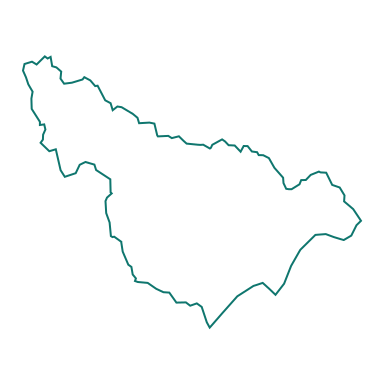 outline of Maunabo, Puerto Rico
{"feature_id": "32010507B22166841242195", "entity_name": "Maunabo", "entity_type": "district", "adm_level": 2, "iso_a3": "PRI", "parent_name": "Puerto Rico", "parent_adm1": "", "projection": "equal_earth", "projection_center": [-65.926, 18.02], "detail": "fine", "context": "isolated", "style": "outline", "palette": "teal", "viewbox_px": 384, "rotation_deg": 0, "n_neighbors": 0, "source": "geoboundaries", "source_scale": "gbopen_adm2", "svg_char_len": 1840}
<svg xmlns="http://www.w3.org/2000/svg" viewBox="0 0 384 384"><path d="M24.5,64.0L23.0,70.6L26.0,77.4L28.3,84.3L32.6,91.7L31.4,98.6L31.7,108.9L39.9,121.8L39.9,125.0L44.2,124.4L45.4,129.5L43.1,134.7L42.9,139.6L40.6,142.8L49.3,151.2L55.8,149.3L60.6,170.2L64.8,176.8L75.7,173.2L79.7,164.8L85.4,162.0L94.4,164.6L96.1,170.0L110.3,179.3L110.6,192.3L111.7,193.4L107.0,197.6L105.5,201.1L106.2,213.1L109.6,222.5L110.9,236.1L112.5,237.1L114.2,236.7L121.3,241.8L121.3,242.5L122.7,251.6L128.3,264.7L131.4,266.9L132.7,274.5L135.9,278.4L135.0,281.0L137.8,282.0L147.7,282.9L156.2,288.8L163.4,292.2L169.3,292.6L176.4,302.6L185.9,302.4L190.2,305.7L196.8,303.4L201.7,306.9L206.8,322.3L209.7,327.6L210.0,327.3L222.2,313.3L237.3,296.3L249.0,288.8L253.5,285.9L256.1,285.1L262.7,282.9L266.6,286.4L267.1,286.9L268.5,288.1L275.5,294.8L284.1,283.7L291.1,265.9L299.2,251.7L300.4,249.7L307.9,242.3L315.4,234.9L319.0,234.6L325.8,234.1L333.9,237.1L343.5,240.0L343.8,240.0L351.3,235.6L356.5,225.2L361.0,220.8L353.2,209.1L344.1,201.4L344.5,195.4L339.7,187.5L332.2,184.9L326.2,172.7L320.5,172.4L318.9,171.6L310.7,174.9L305.8,180.0L301.2,180.1L299.5,184.3L291.6,189.2L288.8,189.2L286.2,188.8L283.5,183.1L283.1,177.7L274.4,167.8L268.9,158.1L263.2,155.2L258.7,155.1L257.1,152.2L251.9,151.5L247.6,146.1L243.7,146.0L240.6,151.7L234.7,145.5L228.6,145.2L225.0,141.4L222.1,139.4L212.3,144.8L210.9,147.8L209.9,148.5L203.2,144.7L200.4,144.9L197.6,144.7L186.6,143.6L183.6,140.9L178.9,136.3L171.8,138.1L168.3,135.9L157.9,136.4L157.2,135.3L154.4,123.6L149.4,122.6L139.1,123.2L137.5,117.8L132.8,113.9L121.6,107.2L117.4,106.5L112.7,110.2L110.6,103.2L105.2,100.3L97.6,85.7L95.2,86.1L90.3,80.4L84.3,77.2L82.5,79.5L71.9,82.7L64.1,83.7L60.5,78.6L61.2,71.6L56.4,67.4L52.2,66.2L50.6,56.9L47.6,58.5L44.8,56.4L36.6,64.5L32.0,61.7L24.5,64.0Z" fill="none" stroke="#0f766e" stroke-width="2"/></svg>